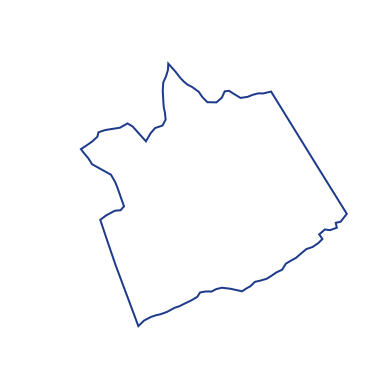 outline of Terra Alta, Pará, Brazil, rotated 323°
{"feature_id": "56859067B85639510417491", "entity_name": "Terra Alta", "entity_type": "district", "adm_level": 2, "iso_a3": "BRA", "parent_name": "Brazil", "parent_adm1": "Pará", "projection": "natural_earth1", "projection_center": [-47.851, -0.993], "detail": "fine", "context": "isolated", "style": "outline", "palette": "blue", "viewbox_px": 384, "rotation_deg": 323, "n_neighbors": 0, "source": "geoboundaries", "source_scale": "gbopen_adm2", "svg_char_len": 1316}
<svg xmlns="http://www.w3.org/2000/svg" viewBox="0 0 384 384"><g transform="rotate(323 192 192)"><path d="M255.2,308.5L262.3,308.8L267.9,308.0L268.1,302.4L275.6,301.9L279.2,305.5L286.1,307.7L288.3,303.1L292.7,305.2L302.5,302.6L307.2,250.1L315.6,159.4L308.1,156.1L304.3,153.1L299.2,151.0L293.7,149.5L287.4,146.1L284.1,137.9L282.5,133.5L278.7,131.3L272.6,134.6L265.4,135.1L258.3,129.5L257.4,122.5L257.7,116.1L255.2,107.9L253.0,103.5L251.9,98.7L251.3,93.6L251.2,85.4L250.3,75.2L246.2,80.1L241.0,83.9L235.0,87.2L229.9,93.1L223.4,102.7L220.4,107.4L218.3,112.0L214.6,118.2L208.5,121.2L201.0,118.7L194.2,120.2L185.7,123.8L184.0,103.8L181.7,98.4L173.2,97.3L160.0,90.3L153.2,88.0L149.7,90.9L142.4,91.6L134.9,91.3L129.1,90.9L129.1,95.7L129.5,102.8L128.9,109.7L137.7,129.5L136.6,137.9L135.3,142.8L129.1,162.5L124.0,163.6L119.1,160.5L109.1,159.0L102.0,159.0L95.9,177.2L87.1,204.0L71.3,257.3L68.4,266.8L76.4,265.8L84.0,267.1L88.9,268.7L93.3,270.7L99.9,272.7L108.4,274.0L113.1,275.6L119.5,276.8L126.0,278.1L133.1,278.9L138.0,277.1L143.1,279.7L147.8,283.3L152.8,284.1L158.2,286.4L164.4,292.3L172.2,301.4L177.7,301.8L181.9,302.4L188.1,301.6L193.3,303.9L199.3,306.2L204.4,306.7L210.9,307.0L217.3,308.3L223.9,305.7L229.9,306.4L235.7,307.2L242.4,306.7L249.0,306.4L255.2,308.5Z" fill="none" stroke="#1e3a8a" stroke-width="2"/></g></svg>